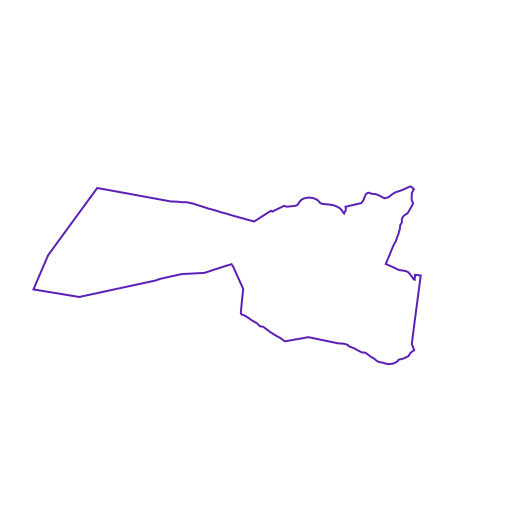 the district of San Pedro Ixtlahuaca, Oaxaca, Mexico, rotated 28°
{"feature_id": "50627088B44987395526438", "entity_name": "San Pedro Ixtlahuaca", "entity_type": "district", "adm_level": 2, "iso_a3": "MEX", "parent_name": "Mexico", "parent_adm1": "Oaxaca", "projection": "natural_earth1", "projection_center": [-96.815, 17.054], "detail": "fine", "context": "isolated", "style": "outline", "palette": "violet", "viewbox_px": 512, "rotation_deg": 28, "n_neighbors": 0, "source": "geoboundaries", "source_scale": "gbopen_adm2", "svg_char_len": 2932}
<svg xmlns="http://www.w3.org/2000/svg" viewBox="0 0 512 512"><g transform="rotate(28 256 256)"><path d="M340.3,303.1L369.7,294.5L374.1,292.5L375.7,291.9L378.9,291.5L380.4,292.1L383.2,291.8L386.2,291.4L389.0,291.5L391.8,291.5L394.5,291.5L397.8,290.1L400.7,290.3L404.1,291.0L406.3,291.1L408.9,291.2L411.6,291.9L414.2,291.9L418.3,290.6L420.4,290.3L423.4,289.4L425.7,288.0L427.1,287.0L428.7,285.4L429.4,284.1L430.5,282.4L430.6,280.6L433.2,278.4L435.1,276.4L437.7,272.6L437.7,269.8L438.3,268.0L439.1,266.4L439.9,264.9L439.2,264.3L434.8,260.4L427.3,240.6L410.6,195.9L405.3,197.9L407.2,202.4L406.0,202.5L403.0,200.9L398.4,198.9L395.7,198.9L392.0,200.1L388.6,201.3L381.0,201.6L374.3,202.1L373.6,194.2L373.3,190.9L372.8,186.5L372.5,182.7L372.4,180.5L372.5,177.5L372.2,175.0L371.7,172.4L371.4,169.6L370.2,164.3L368.9,161.3L369.0,157.9L367.5,155.0L367.3,154.0L367.4,152.0L367.7,150.9L369.8,147.0L370.0,142.1L370.1,137.1L369.9,135.6L367.4,133.7L366.7,132.5L365.9,131.3L365.4,130.1L365.2,129.6L364.2,127.8L364.0,125.3L364.1,123.0L361.0,122.0L359.3,122.3L356.7,125.8L353.9,129.4L352.2,131.2L349.5,134.0L347.9,136.4L346.4,139.6L345.4,141.9L342.4,144.7L340.0,144.8L337.0,144.7L332.8,145.1L328.9,146.8L326.2,147.0L324.8,148.0L323.9,150.1L324.1,151.3L324.2,153.2L324.6,155.6L324.4,158.6L324.2,159.8L311.9,170.5L313.7,173.0L313.8,177.1L312.6,176.6L310.0,175.2L306.9,174.4L303.8,174.4L299.7,175.0L298.1,175.6L294.8,176.9L289.9,178.9L288.0,179.1L287.1,178.8L285.6,178.2L284.5,177.8L281.9,177.7L278.7,178.2L277.2,178.8L275.9,179.3L275.1,179.6L274.7,179.9L274.6,180.0L273.8,180.7L273.4,181.0L273.0,181.2L272.2,181.9L271.6,182.4L270.7,183.5L270.3,184.1L270.0,184.5L269.7,185.0L269.2,186.8L268.9,188.1L268.8,189.3L268.8,190.5L268.7,191.3L267.9,192.3L267.1,193.3L265.8,194.2L263.0,196.0L261.4,197.1L261.0,197.4L260.4,197.9L257.2,198.6L257.0,198.9L249.5,209.2L248.3,208.9L247.9,209.1L238.2,226.4L233.4,227.5L227.3,228.8L226.7,229.0L224.8,229.4L217.2,231.1L213.1,231.9L211.9,232.1L204.0,233.9L200.0,234.6L195.8,235.5L193.5,236.0L191.8,236.5L189.7,236.8L175.4,239.4L174.1,239.8L169.7,241.0L169.1,241.3L164.6,243.7L162.5,244.3L160.9,245.1L158.5,246.2L155.0,247.9L113.3,261.1L83.9,270.5L77.0,318.5L72.1,352.8L73.6,371.4L75.2,390.0L119.1,375.2L179.0,324.6L181.7,321.6L186.1,317.7L199.2,306.6L207.2,301.9L209.4,300.5L215.0,297.2L218.4,295.1L221.4,292.0L222.9,290.4L234.3,278.6L235.3,277.6L238.3,274.7L241.2,276.4L252.8,285.4L260.1,291.0L261.1,293.5L263.3,298.9L266.2,305.9L267.0,307.9L269.1,313.0L270.5,314.4L273.7,313.9L278.6,314.2L279.8,314.4L282.6,314.8L282.8,314.8L288.2,314.9L291.5,315.9L292.2,316.2L293.8,315.7L295.7,315.1L298.9,315.6L299.9,315.8L304.6,316.5L310.1,316.9L313.2,317.0L315.6,317.0L316.2,317.0L316.8,317.1L318.1,317.3L319.4,317.5L319.5,317.5L320.4,317.7L321.5,317.8L323.8,316.0L324.5,315.5L325.8,314.5L327.4,313.3L328.3,312.6L330.4,310.8L330.9,310.5L332.8,309.0L334.4,307.8L340.3,303.1Z" fill="none" stroke="#5b21b6" stroke-width="2"/></g></svg>